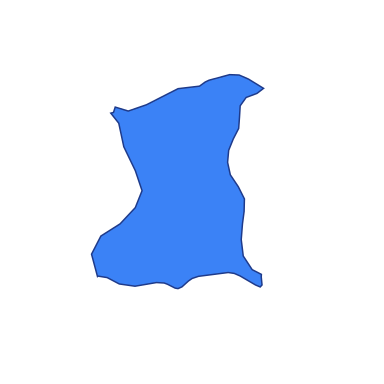 an SVG outline of Zaqatala, rotated 130°
{"feature_id": "AZE-1731", "entity_name": "Zaqatala", "entity_type": "District", "adm_level": 1, "iso_a3": "AZE", "parent_name": "Azerbaijan", "parent_adm1": "", "projection": "albers", "projection_center": [46.668, 41.598], "detail": "fine", "context": "isolated", "style": "filled", "palette": "blue", "viewbox_px": 384, "rotation_deg": 130, "n_neighbors": 0, "source": "natural_earth", "source_scale": "10m", "svg_char_len": 875}
<svg xmlns="http://www.w3.org/2000/svg" viewBox="0 0 384 384"><g transform="rotate(130 192 192)"><path d="M218.2,78.6L220.9,78.7L222.4,83.6L225.4,101.2L227.2,107.3L230.4,112.5L252.4,132.8L258.1,136.3L262.4,137.5L271.1,138.7L275.0,140.6L276.5,143.2L278.4,151.4L279.6,154.8L284.2,161.0L300.8,175.1L309.2,188.6L312.1,202.0L317.0,210.2L317.4,210.2L304.2,229.0L284.3,233.5L262.6,226.6L240.4,225.4L223.1,231.1L212.1,249.1L201.2,273.3L186.4,292.3L183.8,304.9L181.5,303.3L176.3,305.4L171.0,292.9L154.5,283.0L121.8,269.1L106.1,254.3L99.3,252.6L95.4,250.8L77.9,238.6L72.1,231.1L69.2,221.3L66.6,203.8L74.7,205.6L84.8,211.3L95.0,210.5L104.3,203.6L113.3,197.1L124.8,194.5L136.5,190.7L146.4,183.8L154.2,173.7L158.2,159.9L163.6,147.4L173.4,139.6L183.9,132.9L196.8,123.7L208.1,111.6L212.8,96.0L210.5,85.9L212.5,84.4L218.2,78.6Z" fill="#3b82f6" stroke="#1e3a8a" stroke-width="1.5"/></g></svg>